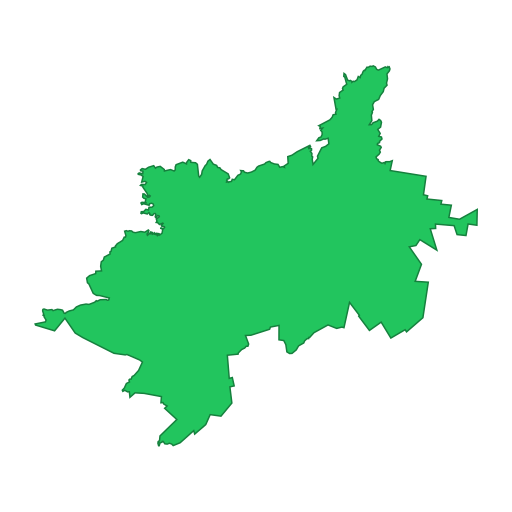 outline of Carichí, Chihuahua, Mexico, rotated 89°
{"feature_id": "50627088B74180919977199", "entity_name": "Carichí", "entity_type": "district", "adm_level": 2, "iso_a3": "MEX", "parent_name": "Mexico", "parent_adm1": "Chihuahua", "projection": "robinson", "projection_center": [-107.184, 27.8], "detail": "fine", "context": "isolated", "style": "filled", "palette": "green", "viewbox_px": 512, "rotation_deg": 89, "n_neighbors": 0, "source": "geoboundaries", "source_scale": "gbopen_adm2", "svg_char_len": 6096}
<svg xmlns="http://www.w3.org/2000/svg" viewBox="0 0 512 512"><g transform="rotate(89 256 256)"><path d="M165.4,361.9L167.4,365.1L166.6,368.3L167.9,370.0L168.7,369.9L169.3,367.5L171.8,367.8L170.9,371.3L171.6,372.4L172.3,372.3L173.0,369.5L174.5,367.5L180.1,369.0L179.4,365.7L180.5,364.1L182.6,365.5L182.4,369.3L183.4,370.3L184.2,367.9L185.2,367.9L191.8,363.6L194.0,363.2L193.4,361.6L194.1,360.7L195.0,361.3L195.5,363.3L192.1,366.4L191.9,367.9L195.1,368.3L196.4,367.0L197.0,365.0L199.8,365.8L200.7,365.1L200.3,369.1L201.0,370.1L202.6,369.3L201.8,367.4L203.4,362.0L201.9,361.5L201.4,359.4L202.2,357.9L203.9,357.4L205.4,359.1L205.4,362.1L208.1,362.8L207.4,365.3L209.6,367.5L209.7,369.9L211.3,370.3L211.7,369.7L211.0,368.0L212.1,363.9L210.7,362.3L211.5,361.5L212.8,361.5L213.5,360.2L213.5,358.7L211.8,357.2L211.8,355.9L212.7,355.4L215.1,356.1L215.9,355.4L213.8,353.6L214.1,352.3L215.0,352.0L217.4,355.0L219.4,354.4L220.7,355.2L220.9,353.8L222.8,352.0L221.5,348.8L221.8,348.3L223.8,350.1L224.5,349.8L225.1,347.1L225.9,346.9L227.2,348.2L226.3,350.1L226.5,351.3L227.1,349.5L228.2,348.9L231.5,349.5L233.3,351.9L232.0,352.5L231.7,354.3L233.6,353.5L234.0,354.3L231.6,355.5L231.7,356.1L232.7,356.2L232.4,357.4L231.2,357.4L232.3,359.1L230.7,359.2L230.1,360.9L231.0,361.5L232.3,360.1L231.6,361.8L233.4,364.2L232.1,364.6L230.7,363.3L228.6,362.7L228.1,363.2L230.3,366.8L229.5,370.7L230.6,376.1L230.1,378.5L228.8,379.9L228.5,382.2L229.1,383.6L228.4,385.1L228.9,386.9L233.4,385.7L234.9,386.2L234.8,387.4L238.1,389.1L241.2,394.4L243.7,396.5L244.5,396.3L245.7,400.0L248.9,400.9L249.4,402.0L251.4,401.8L254.4,407.7L257.5,408.7L259.1,410.8L263.5,411.5L268.2,410.7L268.4,416.4L270.8,416.6L272.7,422.7L275.2,425.7L279.8,425.0L281.0,423.6L290.5,419.4L292.6,416.1L292.8,413.0L295.4,403.4L297.5,404.1L297.7,405.4L296.9,406.4L297.0,412.5L298.4,415.6L297.9,416.5L299.4,418.1L301.5,423.8L301.1,426.8L302.0,432.3L303.8,436.5L306.7,439.5L307.7,443.7L309.1,446.8L310.1,447.5L309.9,448.8L306.8,450.4L306.2,452.5L305.8,455.5L307.1,459.9L306.0,461.0L306.5,465.4L305.3,468.9L305.7,470.0L307.1,470.3L310.5,469.3L311.4,469.9L311.8,468.8L313.0,469.0L316.4,467.0L318.2,467.7L320.1,478.0L321.2,477.6L327.3,458.7L314.8,448.1L329.9,438.1L334.5,430.7L350.8,399.7L352.6,388.4L352.2,386.8L358.0,374.0L360.1,371.4L368.4,375.4L373.4,380.0L374.3,381.9L376.9,383.0L377.0,384.5L377.8,385.2L379.7,384.7L381.2,387.8L385.8,390.0L387.8,392.0L389.0,391.5L388.0,389.5L389.6,386.8L389.5,385.0L395.1,384.5L390.7,379.3L391.4,370.2L394.9,353.0L401.1,353.6L400.9,351.6L402.4,350.8L404.4,347.5L406.7,350.0L418.1,338.0L434.2,355.1L438.9,355.7L439.8,357.0L440.5,356.6L441.2,357.4L444.0,356.7L444.0,356.1L441.2,355.2L440.5,353.2L439.7,352.9L439.8,352.0L442.2,350.4L442.5,348.0L441.7,345.9L442.5,343.6L444.1,342.1L441.4,335.1L429.5,321.3L433.0,320.4L423.7,309.2L413.8,304.6L415.5,293.8L402.6,282.7L386.4,284.4L385.5,280.1L377.1,281.8L377.9,284.9L354.7,286.4L353.8,275.6L352.6,275.4L349.3,272.0L347.8,268.9L346.1,267.4L346.1,265.7L343.9,264.9L335.3,267.9L335.1,262.4L329.5,243.7L327.3,242.8L325.8,234.2L340.2,234.5L341.0,229.7L345.2,227.7L352.4,226.8L354.1,224.1L354.0,221.7L350.6,217.4L346.6,215.0L343.8,209.8L341.6,208.8L339.6,206.5L339.5,204.8L338.4,204.8L338.4,203.8L333.7,199.4L326.2,185.2L329.8,176.6L328.6,171.4L329.2,169.3L304.0,163.3L317.1,153.7L317.9,154.4L332.4,143.9L324.3,132.0L340.4,122.6L332.3,108.2L334.5,106.8L320.6,90.2L285.2,84.2L284.1,97.3L267.2,90.7L249.5,102.6L248.3,95.9L242.5,91.9L253.3,75.1L231.8,81.3L231.6,75.9L227.2,76.0L229.1,57.4L238.1,54.6L239.2,45.7L227.7,43.4L229.1,34.6L213.3,34.0L222.8,51.9L220.8,62.5L208.6,59.8L207.4,70.2L203.8,69.3L202.0,84.1L198.8,83.3L197.7,87.5L179.3,84.6L172.9,120.4L163.1,118.1L164.0,120.6L164.0,124.6L165.8,125.4L164.7,126.0L165.5,128.5L163.9,131.1L162.7,132.3L161.7,132.2L160.9,133.7L159.1,134.3L156.3,131.1L154.3,129.9L152.4,130.7L149.6,128.9L148.4,129.5L146.9,132.8L145.6,132.5L144.8,130.5L143.6,130.5L141.2,128.0L139.2,128.5L138.5,131.2L135.6,129.7L131.5,132.1L129.3,129.2L124.5,128.2L122.7,129.0L121.5,130.6L123.3,132.3L124.8,136.6L126.7,138.2L126.7,140.5L122.7,137.8L117.2,138.2L114.6,137.1L113.6,137.5L111.5,136.1L106.8,136.8L103.7,135.0L101.5,130.6L97.7,128.9L93.9,125.9L90.5,125.0L87.5,122.0L85.4,122.5L81.1,121.4L76.3,121.9L73.2,119.4L71.3,118.8L69.2,119.5L69.7,120.3L69.0,120.8L70.0,121.5L69.2,123.4L72.3,130.4L71.5,132.1L69.1,133.3L67.9,135.5L68.5,136.5L68.2,138.6L69.4,140.6L69.1,141.7L72.5,144.0L72.2,144.5L73.2,145.6L76.3,146.9L77.2,148.2L79.4,148.7L78.3,150.6L81.6,151.9L83.3,154.4L83.0,155.7L84.0,157.1L83.0,157.2L82.1,158.6L82.5,159.2L81.8,161.3L76.2,163.3L75.0,164.8L78.0,165.1L78.7,164.1L85.9,162.3L88.4,165.9L90.1,166.6L91.6,166.0L94.0,169.6L97.2,170.1L99.5,169.5L100.5,172.9L98.9,175.3L110.8,173.4L110.7,172.6L114.0,174.0L115.6,173.6L116.1,176.4L118.6,177.4L121.2,179.8L126.8,190.9L127.5,189.5L129.7,189.9L129.3,187.2L131.5,189.1L133.1,187.8L135.6,187.7L138.1,188.9L138.9,191.1L141.8,193.3L141.6,189.7L140.2,186.4L140.4,184.9L139.5,181.8L145.1,181.2L147.6,184.5L149.0,188.4L157.3,192.8L159.4,192.3L165.5,197.4L160.2,198.1L157.9,197.6L157.1,198.5L154.4,198.3L152.2,199.9L151.2,198.6L149.7,198.6L149.2,199.5L149.5,201.4L148.6,201.6L147.5,199.6L146.3,200.2L152.5,213.1L155.8,218.2L157.2,222.5L163.9,222.2L166.7,226.5L167.8,226.1L167.1,227.8L167.7,230.7L164.8,232.4L164.3,236.0L162.8,239.7L161.6,240.6L161.7,241.5L162.8,244.4L164.2,245.8L166.1,251.8L167.3,253.5L170.2,255.4L172.0,259.1L172.9,262.9L172.0,266.1L170.6,267.0L170.3,269.8L171.6,269.1L173.8,270.0L175.0,272.7L179.4,276.2L178.9,278.4L181.0,279.2L181.5,282.1L182.3,281.9L181.3,282.8L181.5,283.9L180.6,283.4L180.3,284.1L178.4,283.3L178.4,282.1L177.4,281.0L173.4,282.4L169.0,289.4L167.2,290.6L166.8,292.8L164.7,293.8L163.4,297.1L158.7,300.3L160.3,302.4L163.5,303.8L164.7,305.2L170.0,308.3L173.4,308.9L176.3,311.0L175.1,311.9L163.3,313.0L161.7,314.8L161.2,319.6L159.5,319.6L158.5,321.6L161.3,323.8L162.7,323.9L160.9,327.6L163.3,334.3L165.6,335.2L168.4,335.2L169.6,336.4L168.1,340.0L169.4,346.1L167.9,346.2L164.7,350.2L165.4,353.6L166.4,355.0L163.9,356.7L165.4,361.9Z" fill="#22c55e" stroke="#15803d" stroke-width="1.5"/></g></svg>